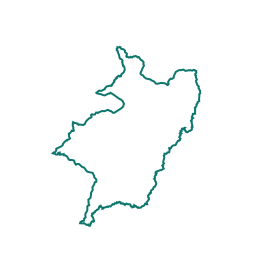 outline of Coronel Portillo, Ucayali, Peru, rotated 62°
{"feature_id": "86281439B8316055413936", "entity_name": "Coronel Portillo", "entity_type": "district", "adm_level": 2, "iso_a3": "PER", "parent_name": "Peru", "parent_adm1": "Ucayali", "projection": "albers", "projection_center": [-74.152, -8.678], "detail": "fine", "context": "isolated", "style": "outline", "palette": "teal", "viewbox_px": 256, "rotation_deg": 62, "n_neighbors": 0, "source": "geoboundaries", "source_scale": "gbopen_adm2", "svg_char_len": 5869}
<svg xmlns="http://www.w3.org/2000/svg" viewBox="0 0 256 256"><g transform="rotate(62 128 128)"><path d="M188.5,173.5L188.3,172.7L189.3,172.2L189.0,171.6L189.2,170.1L189.9,169.6L190.3,170.0L191.6,169.6L191.6,168.5L192.5,168.1L192.6,167.4L193.2,167.1L193.7,167.3L194.5,166.8L194.0,165.3L194.1,164.7L194.9,164.4L196.2,162.2L196.8,161.8L198.4,162.3L199.1,161.8L199.2,161.4L200.1,161.5L200.4,159.9L199.9,159.8L199.7,159.3L199.1,158.8L199.9,158.5L200.4,157.7L201.2,157.8L202.6,157.0L202.6,156.6L203.2,156.6L203.1,156.0L203.9,155.3L204.3,153.6L203.7,152.2L204.1,151.1L203.9,149.9L202.9,148.6L203.2,147.9L204.1,147.3L204.3,146.9L202.6,146.7L200.7,142.8L200.0,142.8L199.5,142.4L198.4,142.7L197.1,142.0L197.1,141.4L196.4,140.4L196.4,139.4L195.8,139.3L196.0,138.1L194.9,137.8L193.9,136.7L193.8,134.6L192.5,133.5L192.2,132.4L192.5,131.8L190.6,129.3L189.6,128.8L189.1,129.0L188.3,128.6L187.6,128.9L186.3,128.6L185.2,128.8L185.2,128.2L184.6,127.6L183.4,127.2L182.7,126.1L182.5,125.2L181.8,125.2L181.8,124.5L181.4,123.9L180.9,123.9L180.3,124.5L180.0,124.3L179.8,123.4L180.4,119.1L180.8,118.5L180.6,115.5L178.2,115.4L177.9,114.8L177.2,115.2L176.1,112.8L175.2,113.1L174.0,112.5L171.3,109.9L169.2,109.3L169.1,108.5L167.8,107.8L168.8,106.1L168.1,104.6L168.8,103.0L166.6,101.4L165.1,101.1L165.3,100.5L166.1,100.1L165.8,99.2L165.0,98.4L164.6,96.4L165.3,94.2L165.0,93.2L164.3,92.7L162.8,89.9L163.3,88.4L162.9,87.7L162.5,87.7L162.0,86.7L160.2,87.1L159.4,86.1L159.4,85.3L158.8,84.8L158.3,84.9L157.9,83.5L157.5,83.9L157.0,83.8L156.7,84.2L156.4,83.4L155.4,83.1L155.8,82.0L155.0,81.7L153.9,80.7L154.3,79.9L154.9,79.7L154.3,78.1L154.5,77.8L154.7,78.4L155.6,78.4L156.1,78.9L157.0,78.5L158.1,78.7L158.6,78.2L159.1,78.3L159.6,77.6L159.3,75.1L159.7,74.1L159.5,73.7L159.6,73.0L159.0,72.0L157.6,71.6L157.4,70.5L156.7,70.4L156.2,70.6L155.8,69.9L154.0,69.6L152.1,68.7L151.7,69.1L151.1,69.0L150.9,67.9L150.0,67.4L149.8,65.9L148.8,66.5L148.1,66.4L147.5,65.3L146.1,64.2L146.5,63.8L146.4,62.9L146.8,62.0L145.5,61.5L144.6,60.7L143.5,60.4L142.6,59.6L141.4,59.4L141.1,57.7L140.1,56.7L139.3,56.5L138.9,55.1L137.8,54.4L137.7,52.5L136.0,51.8L133.0,49.8L132.0,49.5L131.5,49.0L131.4,48.1L129.0,46.9L125.8,47.0L124.6,46.0L122.7,46.6L119.1,46.1L118.0,45.6L117.5,44.4L114.8,44.2L113.8,43.4L113.0,43.8L112.4,43.2L111.8,43.2L111.3,41.8L109.6,41.0L108.8,41.9L108.2,41.9L107.4,42.9L107.5,44.4L106.1,45.9L106.1,46.5L105.6,47.0L104.7,50.1L103.9,50.9L102.5,51.6L101.6,54.5L100.9,55.6L100.9,59.4L103.0,62.3L104.1,63.5L105.0,64.0L105.3,66.0L105.1,66.6L104.5,67.0L104.6,68.3L106.0,70.8L107.0,71.3L108.1,71.4L108.5,71.8L108.7,72.7L108.6,73.0L107.1,73.5L105.4,75.0L103.6,78.0L102.9,81.0L101.8,82.6L99.4,83.0L96.8,85.0L95.8,85.2L92.7,88.9L90.2,89.9L88.9,89.9L87.4,91.1L86.0,91.5L85.5,91.3L82.1,87.1L80.3,84.5L78.9,84.5L77.2,83.3L74.9,83.9L73.6,84.8L70.4,85.1L70.1,86.5L69.0,86.7L67.9,87.5L67.9,88.6L67.3,89.6L67.7,91.3L66.8,91.9L66.8,92.4L66.3,92.6L66.5,93.2L66.3,94.0L64.9,95.0L64.9,95.6L64.2,95.9L63.4,95.5L63.0,94.8L61.7,94.1L59.6,95.0L58.2,94.4L56.4,95.0L55.0,96.8L53.8,96.9L53.1,96.7L52.5,97.2L52.6,98.4L51.7,99.4L52.3,99.7L52.7,100.6L53.0,100.5L53.7,100.9L53.9,101.4L55.5,100.9L56.4,101.5L59.0,101.6L62.7,102.6L64.6,101.3L66.0,101.2L66.9,102.2L68.0,102.2L68.8,102.8L70.1,102.7L70.6,103.2L71.2,103.2L71.4,102.7L72.5,102.7L74.3,103.2L75.1,103.6L76.8,105.6L77.6,108.7L79.0,109.9L78.9,110.3L78.3,110.5L78.6,111.1L78.5,111.4L77.5,111.9L77.8,113.6L78.4,114.0L78.2,114.4L78.7,114.7L78.5,115.5L79.0,115.7L79.3,117.4L80.1,117.8L80.0,118.3L80.7,118.5L80.6,118.9L81.4,119.8L81.7,121.1L82.4,121.6L82.4,122.0L82.7,122.1L83.0,122.7L82.8,123.5L82.2,123.8L81.3,127.3L82.1,129.6L82.7,130.0L82.9,130.7L82.6,131.5L82.8,132.9L82.6,134.3L81.4,136.0L82.1,139.4L83.0,139.0L85.7,135.8L87.5,134.3L88.3,133.2L88.5,128.9L89.0,128.1L88.6,127.0L91.6,125.2L98.3,121.9L99.7,120.8L101.7,120.1L104.6,120.2L106.8,122.2L107.5,125.0L108.1,132.7L107.7,134.0L105.2,135.0L104.3,136.2L103.1,136.7L102.5,137.4L102.1,140.9L100.9,142.8L100.4,146.5L100.7,147.5L99.9,148.0L99.4,149.0L100.5,150.8L100.1,152.1L98.9,153.5L99.3,154.6L101.2,155.0L101.4,155.5L101.2,157.6L102.1,161.0L102.7,162.4L104.2,164.2L104.2,165.6L104.4,166.0L102.1,169.3L102.0,170.2L101.4,170.5L100.4,170.4L100.1,171.2L99.2,171.7L98.5,172.9L97.0,173.7L97.7,174.5L98.3,174.5L99.9,175.7L102.3,176.1L103.1,176.8L104.8,177.0L105.0,177.4L104.7,178.4L104.0,178.9L105.2,181.3L105.2,182.9L107.4,183.7L107.8,184.1L110.1,184.1L110.3,185.8L109.9,186.9L110.4,187.8L110.0,188.1L110.3,189.8L111.3,192.6L112.4,193.6L112.9,195.5L112.6,200.8L112.7,201.2L113.6,201.4L114.9,203.1L115.1,204.0L114.8,204.9L115.1,205.2L114.8,205.8L115.0,206.3L116.2,204.8L117.3,204.3L118.2,203.1L118.3,202.6L117.2,201.2L117.6,199.8L119.5,200.9L119.8,200.6L119.8,199.2L120.6,198.6L120.8,197.0L122.1,197.3L122.6,196.3L124.7,195.1L126.9,195.2L128.7,194.8L129.9,192.5L131.3,191.0L132.1,190.9L133.7,191.5L136.0,191.1L135.8,189.9L137.0,188.1L140.9,186.8L142.4,185.3L145.8,184.9L147.5,184.4L151.1,180.3L154.3,180.4L155.5,180.9L158.7,180.2L160.6,181.3L160.3,182.9L161.7,184.1L163.7,187.3L166.1,188.2L168.1,191.4L169.2,191.7L172.1,193.9L172.7,196.7L176.5,198.3L178.0,198.5L177.8,199.9L178.1,200.7L181.8,202.7L183.4,205.4L184.3,206.3L187.1,207.5L187.3,209.2L188.7,209.9L189.2,210.4L188.6,212.2L188.7,214.1L189.6,215.0L191.1,212.6L191.3,211.6L194.3,209.9L194.5,208.5L195.7,208.5L196.5,207.5L196.2,207.0L194.8,206.1L194.9,205.6L193.8,204.4L193.6,203.3L194.6,202.5L194.4,201.7L190.6,200.9L188.5,201.3L187.8,200.2L186.7,199.9L186.7,199.2L187.3,198.6L186.6,197.8L186.7,196.6L186.1,196.2L185.9,194.2L185.6,193.9L185.8,192.7L185.2,191.4L184.4,190.9L183.8,189.8L184.3,189.5L184.0,188.6L185.5,188.6L186.3,188.1L187.3,188.6L187.5,187.9L186.9,186.7L187.4,185.7L187.6,183.2L188.4,182.7L188.2,182.0L188.3,181.3L189.1,180.2L188.6,179.1L188.5,178.1L188.0,177.4L188.9,176.3L188.2,175.1L189.0,174.0L188.5,173.5Z" fill="none" stroke="#0f766e" stroke-width="2"/></g></svg>